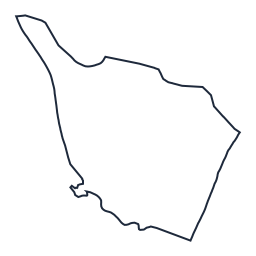 Al Arsh, Al Bayda', Yemen, rotated 180°
{"feature_id": "15242507B56607006437737", "entity_name": "Al Arsh", "entity_type": "district", "adm_level": 2, "iso_a3": "YEM", "parent_name": "Yemen", "parent_adm1": "Al Bayda'", "projection": "orthographic", "projection_center": [44.788, 14.359], "detail": "fine", "context": "isolated", "style": "outline", "palette": "slate", "viewbox_px": 256, "rotation_deg": 180, "n_neighbors": 0, "source": "geoboundaries", "source_scale": "gbopen_adm2", "svg_char_len": 3780}
<svg xmlns="http://www.w3.org/2000/svg" viewBox="0 0 256 256"><g transform="rotate(180 128 128)"><path d="M97.4,186.6L101.0,187.8L101.4,188.1L116.6,192.3L150.6,199.2L151.7,197.4L152.7,195.6L153.9,194.1L155.4,192.8L157.4,191.9L159.4,191.3L161.3,190.6L163.8,190.0L166.3,189.6L168.3,189.5L170.4,189.7L170.8,189.8L172.7,190.5L174.5,191.4L176.3,192.2L178.0,193.0L179.8,194.1L181.6,195.6L183.0,197.3L184.5,198.8L184.7,199.1L197.5,210.6L210.6,233.3L214.4,235.5L230.8,240.6L232.7,240.3L234.7,240.1L236.7,239.9L238.8,239.7L239.8,239.7L239.1,238.0L238.4,236.1L237.7,234.3L236.9,232.5L236.0,230.5L235.1,228.5L234.1,226.6L233.1,224.9L232.0,223.2L230.7,221.3L229.2,219.4L228.1,217.8L227.0,216.0L225.8,214.2L224.4,212.3L223.3,210.6L221.9,208.5L220.4,206.2L219.3,204.7L218.2,203.1L217.0,201.4L216.8,201.0L215.6,199.3L214.4,197.3L213.4,195.7L212.1,193.8L210.9,191.8L209.7,189.7L208.5,187.5L207.3,185.2L206.2,182.9L205.3,180.8L204.7,178.8L204.1,176.6L203.5,174.1L203.0,172.0L202.4,169.8L201.8,167.2L201.5,165.0L201.3,162.4L200.9,159.9L200.6,157.8L200.3,155.4L200.2,154.8L200.0,153.2L199.6,150.4L199.3,147.8L199.0,145.3L198.8,143.3L198.4,141.2L198.1,139.1L197.7,137.0L197.6,136.7L197.4,135.7L197.3,134.9L196.9,132.4L196.4,130.4L196.0,128.7L195.9,128.5L195.5,126.2L195.1,124.7L195.0,124.2L194.5,122.4L194.1,120.3L194.0,119.9L193.7,119.0L193.5,118.0L192.8,115.9L192.2,114.2L191.8,113.0L191.5,112.2L190.9,110.5L187.8,98.5L185.7,91.8L173.8,77.4L173.9,77.1L173.9,76.9L173.0,75.4L173.0,72.2L175.7,71.7L176.0,71.7L177.9,70.9L177.9,70.7L178.0,70.4L178.1,70.2L178.4,69.5L178.6,69.0L178.7,68.8L178.7,68.3L178.8,68.2L178.9,68.3L179.2,68.2L179.3,68.1L179.5,68.1L180.0,68.1L180.3,68.2L180.6,68.2L181.0,67.8L181.7,68.3L184.2,70.2L185.6,68.6L181.7,63.8L180.8,61.0L177.7,59.0L175.1,59.8L174.8,60.0L174.5,60.1L174.3,60.2L173.2,60.4L172.5,60.5L171.8,60.5L170.2,60.4L169.6,60.3L169.1,60.4L168.8,60.6L168.8,61.3L168.7,61.7L168.7,61.8L168.8,62.2L168.8,62.3L168.8,62.5L168.9,62.9L168.9,63.0L169.0,63.6L169.1,64.0L169.2,64.4L169.3,64.5L168.2,64.3L167.2,64.0L165.9,63.8L164.1,63.0L162.4,62.2L160.6,61.4L159.6,60.8L159.1,60.5L158.9,60.4L158.5,60.0L157.4,59.1L156.0,57.5L155.1,56.0L154.9,55.7L154.8,53.7L154.9,51.6L154.7,49.5L154.3,48.7L153.9,47.7L152.5,46.3L150.9,45.3L150.0,45.0L148.8,44.6L146.8,44.1L145.3,43.6L144.9,43.4L143.4,42.4L141.7,41.2L140.0,39.5L138.6,38.2L138.4,38.0L137.2,36.6L136.0,35.1L134.7,33.5L133.2,32.2L131.4,31.1L129.9,31.2L129.5,31.2L127.5,31.7L125.4,32.7L123.7,33.1L121.4,33.3L117.8,31.9L117.3,30.2L117.3,28.8L117.0,26.8L115.9,26.1L112.4,26.4L111.8,26.6L109.4,28.3L106.5,29.0L105.2,29.5L99.3,28.0L65.5,15.4L64.7,17.3L63.8,19.3L63.2,20.9L62.5,22.6L61.7,24.3L60.9,25.9L60.9,26.0L60.0,27.8L59.2,29.7L58.4,31.5L58.2,32.0L57.7,33.1L57.4,33.5L56.3,35.6L55.2,37.8L54.4,39.6L53.5,41.4L52.3,43.8L51.5,45.6L50.8,47.3L50.0,49.6L49.4,51.4L49.2,52.1L48.7,53.3L48.1,55.1L47.4,56.7L47.0,57.8L46.5,58.9L45.8,60.7L45.1,62.6L44.3,64.3L44.0,65.1L43.7,66.0L42.8,68.1L42.2,69.9L41.4,72.3L40.3,74.3L39.5,76.3L39.0,78.1L38.6,79.8L38.3,81.9L38.2,82.1L38.0,82.8L37.8,83.6L36.8,85.2L35.8,87.1L35.4,88.0L35.0,89.0L34.2,90.9L33.5,92.6L32.9,94.2L32.0,96.1L31.0,97.9L30.2,99.6L29.6,101.2L29.0,102.7L28.5,104.2L27.6,105.9L26.3,107.5L25.5,108.9L24.6,110.4L23.5,112.1L22.6,113.7L21.3,115.2L20.4,116.6L19.5,118.0L18.7,119.4L18.0,120.9L17.1,122.3L16.2,123.6L17.3,124.4L21.5,127.2L22.8,128.7L28.0,134.3L28.5,134.9L32.7,139.5L32.9,139.5L39.7,147.1L41.0,148.6L42.0,149.6L42.2,150.3L42.3,150.7L42.5,151.5L45.0,160.8L47.5,163.3L49.1,164.9L51.3,167.0L53.4,169.0L73.9,170.2L77.0,171.0L78.8,171.5L80.8,172.0L83.1,172.6L83.5,172.8L84.1,172.9L87.0,173.6L87.7,173.8L90.0,175.2L90.5,175.6L91.4,176.2L92.6,176.9L93.4,178.3L94.2,180.0L95.4,182.8L96.2,184.2L96.9,185.6L97.2,186.1L97.4,186.6Z" fill="none" stroke="#1e293b" stroke-width="2"/></g></svg>